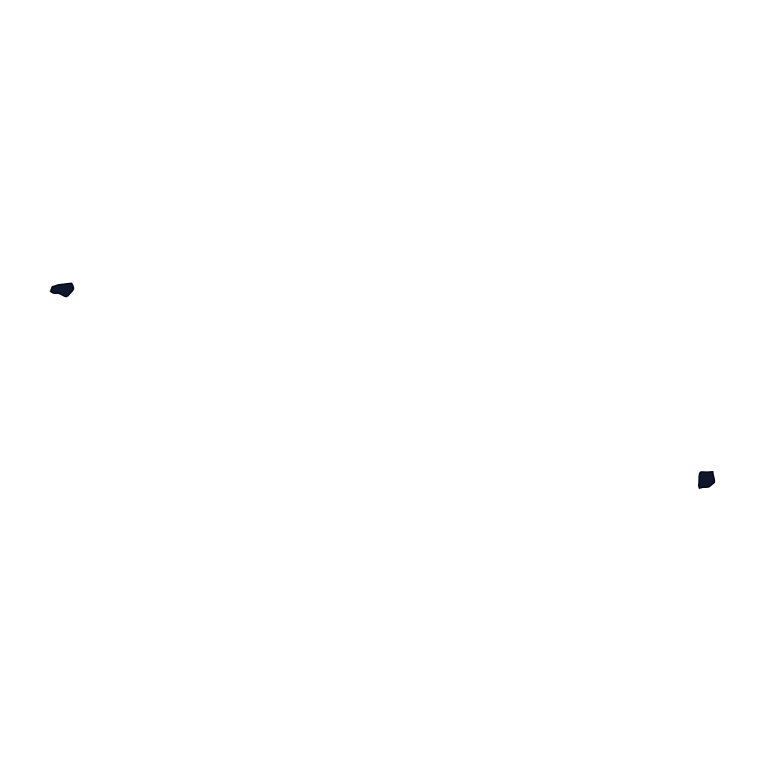 SVG path tracing the border of Tristan da Cunha, rotated 136°
{"feature_id": "SHN-4865", "entity_name": "Tristan da Cunha", "entity_type": "state/province", "adm_level": 1, "iso_a3": "SHN", "parent_name": "Saint Helena", "parent_adm1": "", "projection": "natural_earth1", "projection_center": [-11.177, -38.727], "detail": "fine", "context": "isolated", "style": "filled", "palette": "ink", "viewbox_px": 768, "rotation_deg": 136, "n_neighbors": 0, "source": "natural_earth", "source_scale": "10m", "svg_char_len": 564}
<svg xmlns="http://www.w3.org/2000/svg" viewBox="0 0 768 768"><g transform="rotate(136 384 384)"><path d="M212.5,86.3L214.1,84.3L214.8,83.7L221.6,84.3L224.0,85.9L226.2,88.1L229.4,90.0L228.7,91.4L228.1,92.4L227.3,93.1L226.4,93.7L221.6,98.5L218.9,100.5L217.0,100.5L213.0,96.3L208.5,92.5L209.9,90.7L212.5,86.3ZM555.1,675.5L558.0,678.2L558.9,679.7L559.5,682.2L555.2,684.3L549.5,681.6L539.0,673.7L539.0,672.4L540.3,669.2L541.4,668.0L543.4,667.5L549.9,667.1L551.8,667.5L552.7,668.9L554.3,673.7L555.1,675.5Z" fill="#0f172a" stroke="#020617" stroke-width="1.5"/></g></svg>